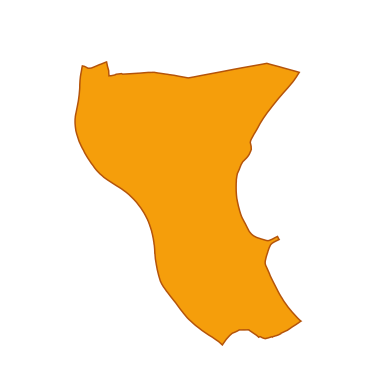 Hattem, Gelderland, Netherlands, rotated 193°
{"feature_id": "6326949B74620777468908", "entity_name": "Hattem", "entity_type": "district", "adm_level": 2, "iso_a3": "NLD", "parent_name": "Netherlands", "parent_adm1": "Gelderland", "projection": "mercator", "projection_center": [6.046, 52.477], "detail": "fine", "context": "isolated", "style": "filled", "palette": "amber", "viewbox_px": 384, "rotation_deg": 193, "n_neighbors": 0, "source": "geoboundaries", "source_scale": "gbopen_adm2", "svg_char_len": 5781}
<svg xmlns="http://www.w3.org/2000/svg" viewBox="0 0 384 384"><g transform="rotate(193 192 192)"><path d="M56.8,90.7L57.1,90.8L58.7,91.7L60.0,92.5L60.8,93.0L61.7,93.6L63.3,94.7L65.9,96.5L68.2,98.1L69.0,98.8L69.6,99.2L70.0,99.5L72.7,101.6L75.5,104.1L77.8,106.1L79.1,107.4L80.5,108.9L81.4,109.7L83.0,111.4L83.8,112.2L84.4,112.9L86.4,115.2L87.2,116.2L93.5,123.7L96.9,127.9L98.3,130.0L101.6,134.4L103.8,137.2L104.7,139.0L104.8,139.5L105.1,141.2L105.1,142.5L105.1,145.0L105.0,147.0L104.7,150.2L104.7,151.0L104.3,154.8L103.9,156.7L103.5,158.4L102.4,160.1L101.0,161.5L99.5,162.8L96.4,165.3L97.0,165.9L98.7,167.9L99.8,167.0L100.8,166.2L102.4,164.8L103.2,164.1L104.7,163.0L106.3,161.9L107.3,161.6L108.5,161.5L109.2,161.5L110.3,161.6L112.0,161.7L113.8,161.8L115.9,162.0L117.3,162.1L118.9,162.3L119.4,162.4L120.4,162.7L121.0,162.8L121.5,163.0L121.9,163.1L122.4,163.3L123.0,163.5L123.4,163.8L124.0,164.0L125.2,164.8L126.8,166.0L127.5,166.6L128.2,167.4L130.9,170.6L133.2,173.4L133.6,173.8L134.4,174.7L135.7,176.2L136.9,177.6L138.1,179.1L139.8,181.7L140.1,182.3L141.3,184.3L141.6,184.9L141.9,185.5L143.5,188.5L144.6,190.8L145.6,192.9L145.8,193.4L146.9,195.8L148.0,199.0L148.1,199.3L149.2,203.0L150.1,206.7L150.9,210.4L151.2,212.3L151.6,214.1L151.6,214.3L151.9,218.0L151.9,219.6L152.0,219.9L151.6,221.8L151.1,224.4L151.1,224.5L151.0,224.9L150.9,225.9L150.7,227.3L150.5,228.5L150.3,229.8L149.3,233.0L148.2,234.7L146.6,237.3L145.9,238.6L145.4,239.7L144.8,241.3L144.4,243.0L144.3,243.8L144.0,245.1L143.9,246.3L143.8,246.8L144.7,249.9L145.9,252.4L146.4,253.4L146.4,253.5L146.4,255.3L146.1,256.9L145.0,260.8L144.7,262.0L143.8,264.6L142.6,268.5L141.1,274.0L139.6,278.4L139.0,280.1L136.4,286.5L135.5,288.4L134.7,290.1L133.8,292.1L133.4,293.0L132.2,295.5L129.9,300.3L128.4,303.3L125.6,308.6L123.3,312.8L121.9,315.4L118.7,321.6L117.6,324.1L116.2,327.6L115.8,328.7L115.6,329.4L114.4,332.7L117.5,332.9L131.6,333.5L135.4,333.7L144.9,334.0L148.0,334.2L154.9,331.2L170.9,324.4L178.5,321.1L191.8,315.2L210.1,307.2L215.9,304.6L221.3,302.3L231.6,301.8L235.4,301.7L241.0,301.2L242.0,301.2L243.7,301.0L249.8,300.5L251.8,300.3L255.7,300.1L255.8,300.1L259.6,299.1L261.0,298.8L262.1,298.5L267.4,296.8L268.6,296.4L269.2,296.2L269.9,296.0L270.1,295.9L270.9,295.7L271.6,295.5L271.9,295.4L281.3,292.6L285.8,291.3L285.9,291.2L286.1,291.2L287.2,291.5L287.3,291.5L287.9,291.3L292.3,289.7L292.5,289.6L293.4,288.8L293.5,288.7L293.9,288.5L297.4,286.9L298.1,286.9L299.0,286.5L299.8,289.0L300.3,290.9L300.4,291.3L300.8,292.1L302.6,295.4L304.5,299.5L305.2,299.1L309.9,295.8L310.2,295.7L311.9,294.5L312.8,293.8L315.3,292.0L318.0,290.1L319.8,289.5L321.2,289.2L323.3,289.8L325.0,290.2L325.8,290.2L327.2,290.2L327.2,288.4L327.1,287.1L327.0,285.6L326.9,283.4L326.9,282.7L326.7,279.5L326.5,277.9L326.2,275.5L326.0,274.4L325.5,271.5L325.2,270.0L324.9,268.7L324.6,267.0L324.3,264.8L323.8,261.3L323.6,259.3L323.2,254.9L323.1,252.1L323.0,249.7L322.9,246.1L322.8,243.2L322.8,241.3L322.7,240.0L322.7,239.6L322.5,238.3L322.3,236.7L322.1,235.7L321.8,234.3L321.4,232.7L321.0,231.4L320.4,229.5L319.7,227.6L319.5,227.1L319.2,226.3L318.9,225.5L318.3,224.4L317.6,223.0L317.2,222.3L316.5,221.1L316.0,220.3L315.6,219.6L315.0,218.6L314.3,217.4L313.3,215.8L312.3,214.5L311.2,213.1L310.3,211.9L309.3,210.7L308.3,209.5L307.6,208.8L306.7,207.8L306.3,207.2L305.8,206.6L305.5,206.2L304.4,205.0L302.7,203.2L301.0,201.5L299.4,200.0L297.6,198.3L296.8,197.5L295.7,196.6L294.7,195.8L293.7,194.9L292.9,194.1L292.7,194.0L292.5,193.8L292.3,193.6L291.4,192.9L290.8,192.4L289.6,191.5L288.1,190.5L286.7,189.6L285.8,189.0L283.1,187.6L281.0,186.4L276.8,184.7L275.4,184.2L270.5,182.4L266.3,180.9L264.7,180.4L263.3,179.9L262.7,179.7L260.6,178.9L260.2,178.7L258.1,177.8L256.9,177.3L255.8,176.8L254.8,176.3L253.4,175.6L252.3,175.0L251.2,174.3L250.0,173.6L248.7,172.8L247.1,171.8L246.1,171.1L244.5,170.0L243.5,169.3L242.7,168.6L240.4,166.7L239.4,165.9L238.0,164.7L234.8,161.6L234.0,160.8L232.6,159.2L232.2,158.8L230.2,156.4L229.0,155.0L228.6,154.3L227.8,153.4L227.3,152.5L226.2,150.9L225.9,150.5L225.7,150.0L225.5,149.7L225.1,149.1L224.9,148.7L224.6,148.4L224.4,148.0L224.2,147.6L223.0,145.6L222.6,145.0L222.5,144.7L222.0,143.6L221.6,142.9L221.0,141.7L219.9,139.3L219.3,138.0L218.2,135.3L217.7,134.1L217.4,133.1L216.7,131.5L215.5,127.8L214.4,123.8L214.1,123.2L212.6,118.5L211.9,116.8L210.7,113.9L210.5,113.4L209.8,111.8L208.4,108.6L208.2,108.2L205.8,103.4L204.4,100.9L202.8,98.1L201.6,96.6L200.9,95.7L198.6,93.3L197.9,92.7L195.4,90.5L194.6,89.7L193.4,88.8L189.6,85.6L185.2,82.1L183.0,80.4L179.8,77.6L176.3,74.6L173.6,72.5L173.1,72.0L171.6,70.9L170.2,69.8L168.2,68.3L166.3,67.1L164.8,66.3L161.3,64.3L159.5,63.3L157.9,62.5L156.1,61.7L155.0,61.2L151.2,59.4L146.9,57.7L143.5,56.4L140.1,55.3L139.0,54.9L137.6,54.3L134.6,53.1L132.5,52.3L131.2,51.6L129.9,50.9L129.0,50.3L128.0,49.8L127.5,51.2L126.0,54.9L125.7,55.7L125.4,56.3L125.2,56.7L123.2,60.3L122.7,61.1L121.4,62.9L121.2,63.2L120.9,63.5L118.5,65.2L116.7,66.6L115.7,67.5L115.4,67.8L115.2,67.9L115.1,68.1L114.9,68.3L114.6,68.3L112.5,68.8L108.8,69.7L105.6,70.5L105.4,70.3L105.1,70.1L104.7,70.0L104.5,69.9L102.2,69.0L101.2,68.6L100.9,68.5L99.1,67.8L97.8,67.3L96.9,66.9L96.6,66.8L95.9,66.4L95.3,66.1L94.9,65.9L94.5,65.6L94.4,65.5L93.5,66.2L93.2,66.3L92.8,66.4L92.4,66.3L91.8,66.1L90.6,65.8L88.6,65.6L88.3,65.6L88.2,65.6L87.8,65.6L87.3,65.7L87.3,65.8L86.6,66.2L85.2,66.8L84.2,67.4L82.5,68.4L82.3,68.6L81.8,68.8L81.3,68.7L81.3,68.9L80.3,69.4L80.0,69.6L78.8,70.3L78.2,70.7L77.8,70.9L77.5,71.0L77.3,71.1L76.8,71.5L76.2,71.8L76.0,72.0L75.4,72.4L74.8,72.9L73.9,73.7L73.7,73.8L73.5,74.4L71.1,76.3L69.5,77.6L68.8,78.1L67.7,78.9L67.3,79.5L66.5,80.3L66.2,80.6L64.9,82.1L64.6,82.4L63.8,83.3L60.5,86.6L60.1,87.1L59.5,87.7L59.4,87.8L58.5,88.8L58.2,89.2L57.1,90.4L56.9,90.6L56.8,90.7Z" fill="#f59e0b" stroke="#b45309" stroke-width="1.5"/></g></svg>